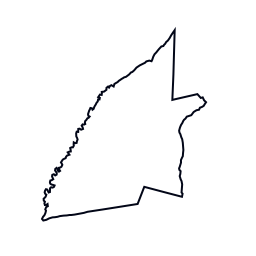 the district of Igarapé-Açu, Pará, Brazil, rotated 188°
{"feature_id": "56859067B39490395816756", "entity_name": "Igarapé-Açu", "entity_type": "district", "adm_level": 2, "iso_a3": "BRA", "parent_name": "Brazil", "parent_adm1": "Pará", "projection": "natural_earth1", "projection_center": [-47.522, -1.175], "detail": "fine", "context": "isolated", "style": "outline", "palette": "ink", "viewbox_px": 256, "rotation_deg": 188, "n_neighbors": 0, "source": "geoboundaries", "source_scale": "gbopen_adm2", "svg_char_len": 2818}
<svg xmlns="http://www.w3.org/2000/svg" viewBox="0 0 256 256"><g transform="rotate(188 128 128)"><path d="M200.5,26.0L199.0,24.6L196.1,25.7L193.4,27.6L190.3,29.0L187.9,29.5L185.3,30.3L183.4,31.2L181.3,31.8L179.4,32.3L176.4,32.9L173.8,33.7L171.9,34.0L168.9,34.8L159.9,37.8L156.4,39.4L142.0,43.7L129.5,47.5L107.9,54.1L103.7,72.0L82.1,69.4L65.0,67.4L64.8,70.5L66.0,71.6L66.5,79.7L67.6,82.9L68.7,84.5L70.1,87.6L69.8,89.7L69.9,92.6L71.3,93.7L71.8,95.2L71.4,96.6L70.7,101.1L71.1,103.6L70.4,106.0L69.8,107.7L70.0,110.8L70.1,113.9L71.7,121.1L72.8,124.5L73.9,126.2L75.3,129.2L76.4,130.6L77.0,132.5L76.6,135.7L75.9,138.4L74.9,140.5L74.3,142.6L73.6,144.0L72.4,145.3L71.4,147.4L67.1,149.5L65.2,153.0L62.7,155.1L60.2,156.0L59.6,158.1L57.6,159.2L56.1,160.5L55.5,162.0L54.3,164.4L56.5,166.0L58.3,168.7L60.1,167.9L64.0,171.2L84.7,163.3L88.0,162.0L89.0,172.2L90.2,184.5L90.5,187.5L92.7,207.1L95.4,231.4L96.7,228.8L98.1,225.9L99.3,222.8L100.7,220.1L102.2,218.4L102.9,216.6L103.8,215.5L104.4,214.1L106.3,213.4L108.3,210.5L109.4,208.7L110.5,206.8L112.0,204.7L112.9,202.1L113.5,198.9L114.0,197.4L116.3,197.7L119.1,196.5L120.3,194.9L121.8,193.9L125.0,191.7L128.0,189.0L129.9,186.0L131.5,184.1L132.8,183.4L134.3,181.2L137.1,178.4L138.9,177.6L140.1,176.5L141.2,175.7L142.2,174.7L143.6,173.5L144.7,172.0L145.8,171.2L147.6,169.7L148.0,167.1L150.4,168.1L151.7,167.1L152.4,165.4L153.5,166.3L154.9,164.8L154.7,162.8L156.8,160.7L159.0,160.1L158.7,158.7L158.7,157.1L160.4,157.2L161.8,154.4L160.1,153.9L160.2,152.3L161.6,152.1L161.7,150.0L162.6,148.7L163.2,146.8L163.9,145.3L164.4,143.9L164.7,142.2L165.7,141.2L166.5,142.5L168.0,142.6L168.4,141.1L168.9,139.6L169.5,136.2L169.0,134.6L167.6,134.0L168.4,132.7L169.6,131.9L170.3,130.3L171.3,129.0L171.5,127.5L170.9,126.0L172.1,125.2L173.4,125.3L174.2,123.9L173.0,122.3L172.4,120.8L174.2,119.8L175.8,120.6L177.1,120.2L176.8,117.2L178.3,117.2L178.6,115.5L178.0,112.4L177.1,111.2L176.3,109.6L176.8,107.7L176.8,106.1L178.2,105.6L179.7,106.2L179.6,104.5L179.2,102.9L179.9,101.2L181.3,101.0L182.5,100.1L181.7,98.2L181.4,96.8L182.9,96.4L184.3,95.5L182.3,93.4L184.5,92.2L185.3,91.0L185.6,89.4L186.8,88.7L188.2,87.6L189.6,84.6L188.7,83.6L187.9,82.4L188.5,80.4L189.5,79.5L190.8,79.0L190.5,77.5L189.3,76.1L190.3,75.2L191.5,76.0L192.1,77.5L193.1,78.6L194.3,77.4L194.3,75.8L192.3,73.6L192.2,71.9L193.5,70.9L195.0,71.9L196.4,71.1L196.5,69.6L195.8,68.3L194.9,66.9L196.3,65.7L197.6,65.2L197.8,63.5L197.3,62.1L196.0,61.4L194.3,61.2L192.7,60.9L193.1,59.4L194.3,58.5L195.9,58.6L196.8,57.5L196.4,53.7L197.6,53.1L199.4,55.8L200.7,56.0L201.4,54.4L201.6,52.7L200.8,51.3L199.6,50.6L200.0,48.5L200.8,47.3L201.7,46.2L201.3,44.4L200.0,43.4L200.3,41.8L199.6,40.2L198.2,40.5L197.1,41.5L196.5,39.4L198.0,38.3L198.6,35.9L197.7,34.7L198.0,32.1L198.7,29.8L199.7,28.4L200.5,26.0Z" fill="none" stroke="#020617" stroke-width="2"/></g></svg>